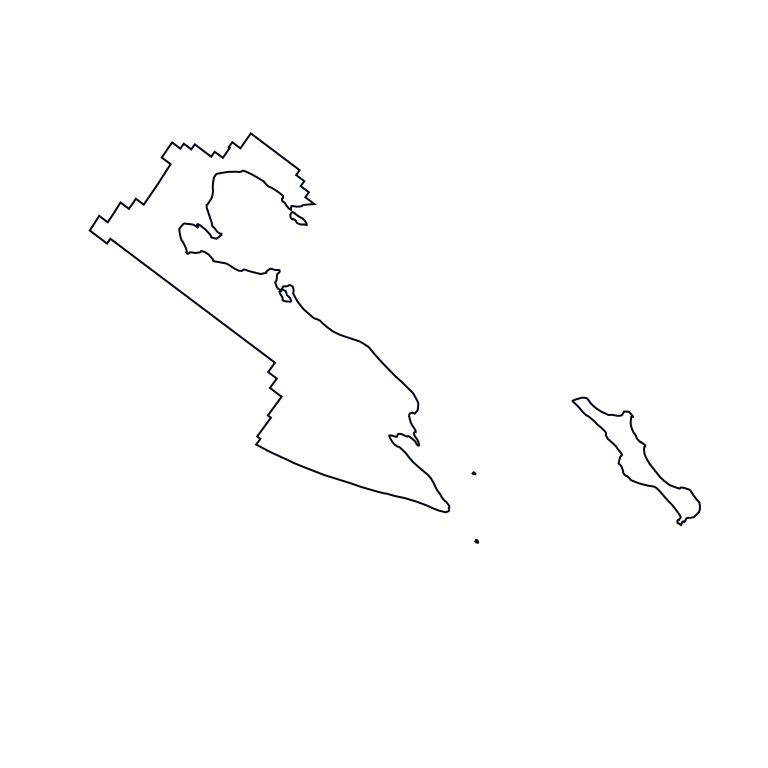 the district of Nome, Alaska, United States of America, rotated 217°
{"feature_id": "52423323B54983735958036", "entity_name": "Nome", "entity_type": "district", "adm_level": 2, "iso_a3": "USA", "parent_name": "United States of America", "parent_adm1": "Alaska", "projection": "robinson", "projection_center": [-165.641, 64.759], "detail": "fine", "context": "isolated", "style": "outline", "palette": "ink", "viewbox_px": 768, "rotation_deg": 217, "n_neighbors": 0, "source": "geoboundaries", "source_scale": "gbopen_adm2", "svg_char_len": 6112}
<svg xmlns="http://www.w3.org/2000/svg" viewBox="0 0 768 768"><g transform="rotate(217 384 384)"><path d="M449.7,258.7L433.5,261.3L412.2,266.0L409.0,266.5L397.6,269.5L377.1,275.3L349.9,285.0L339.8,288.2L324.1,294.2L317.4,297.1L316.3,297.9L307.9,301.1L298.7,305.4L287.0,309.7L276.8,312.7L270.4,314.1L264.0,315.9L257.5,318.7L256.2,320.7L255.8,321.7L256.2,322.7L257.6,323.7L257.8,324.4L257.6,324.5L257.6,325.0L258.8,326.0L262.9,327.2L264.5,327.2L267.4,327.7L270.5,328.6L270.9,329.1L277.7,331.2L282.3,333.4L282.4,333.6L284.8,334.8L290.0,337.0L293.9,337.8L309.4,338.7L313.3,339.1L319.9,340.5L325.3,342.0L331.3,342.7L334.1,342.9L335.7,342.1L336.9,342.0L339.8,342.1L341.5,342.5L343.9,343.3L347.1,344.7L348.0,345.3L348.7,346.1L346.6,347.6L343.2,348.8L342.0,349.6L342.5,351.6L342.7,351.9L342.7,352.4L342.5,352.8L341.7,353.4L340.1,354.4L335.1,355.5L333.6,356.2L333.4,357.0L331.7,357.3L327.2,357.2L324.0,356.8L323.5,356.6L323.0,356.1L320.4,355.3L319.4,355.5L319.2,355.7L319.1,356.2L321.7,358.5L323.8,359.5L328.4,361.1L330.3,362.2L330.7,363.4L330.3,364.3L329.8,364.6L330.6,365.7L333.4,366.9L336.0,367.7L338.9,369.0L344.9,373.6L345.4,375.0L345.4,376.3L345.2,376.7L344.1,378.1L341.6,378.9L341.3,383.3L343.0,386.2L344.9,389.1L346.1,390.0L354.2,393.8L356.7,394.4L370.9,396.3L379.8,397.1L397.5,399.8L408.0,401.8L418.5,404.3L425.9,403.8L429.5,403.2L446.1,397.6L449.7,396.5L455.7,395.4L458.2,395.2L464.2,395.2L468.1,395.4L473.3,396.1L477.4,395.2L478.4,394.6L480.9,394.4L493.1,395.3L500.8,397.3L502.8,397.9L506.1,399.3L511.3,401.8L511.6,402.8L512.6,404.6L515.5,406.8L516.8,406.9L518.5,406.4L519.1,406.1L519.9,404.1L523.2,401.2L522.8,398.3L518.3,399.0L515.1,396.6L511.1,396.2L508.2,394.7L508.1,393.5L513.0,390.4L515.3,389.9L517.0,392.0L521.3,393.5L523.0,394.8L523.1,395.5L521.9,396.2L522.3,396.9L526.2,396.4L527.7,396.7L532.1,399.7L532.1,401.5L533.3,404.1L534.9,406.3L535.2,407.0L535.3,408.5L535.0,409.2L534.8,410.0L535.1,411.2L535.9,412.0L537.1,411.4L539.6,409.5L543.5,408.1L544.2,407.7L545.6,403.3L545.6,402.7L544.9,402.0L545.0,401.8L548.8,397.5L559.1,393.2L564.7,391.3L565.4,389.6L565.6,388.7L568.1,387.1L571.8,386.3L580.1,385.7L582.0,385.4L583.2,385.0L594.2,379.4L595.3,380.3L596.1,380.7L602.1,381.9L606.7,381.5L607.5,381.3L609.4,380.5L609.9,380.1L610.1,379.9L609.9,379.1L610.4,378.2L613.7,374.9L615.1,374.3L617.7,372.8L618.5,372.0L618.4,371.2L618.6,370.4L619.6,369.7L621.2,370.2L621.0,370.8L621.9,371.8L624.8,373.8L629.8,376.3L632.5,377.1L636.1,379.8L640.8,384.5L640.8,387.0L640.6,391.1L640.0,392.0L632.9,396.2L630.2,396.8L627.2,396.8L626.9,397.4L627.0,397.7L629.0,398.5L629.2,399.2L629.1,399.5L628.6,399.7L625.8,400.1L619.5,399.9L613.0,398.7L611.4,398.2L610.2,397.2L609.4,397.4L605.2,399.2L603.5,405.1L604.2,406.2L605.7,405.3L608.5,405.2L613.6,406.6L616.3,406.8L618.2,408.8L631.8,418.2L633.5,420.4L633.0,421.3L633.5,428.4L634.5,431.3L636.9,435.7L637.7,436.4L639.1,438.0L641.4,441.4L644.0,446.3L644.3,449.2L644.2,450.6L643.3,452.1L637.1,458.7L636.0,459.7L630.3,464.2L626.8,466.5L625.9,467.5L625.1,469.5L622.3,470.5L616.0,471.8L608.5,472.8L601.5,473.5L601.0,473.0L596.5,472.3L594.9,472.3L591.8,473.1L587.8,473.5L583.0,473.7L578.0,473.5L576.6,471.9L576.8,471.5L577.0,470.5L575.3,468.9L572.6,468.9L571.1,468.6L569.0,467.7L565.7,466.9L563.4,467.0L563.1,467.2L563.8,468.0L565.0,470.2L564.8,470.7L560.6,473.0L558.9,474.3L557.0,476.2L556.6,476.8L556.7,477.3L556.2,478.4L548.0,485.8L559.2,485.8L559.4,491.9L569.6,491.9L569.7,498.0L579.9,498.0L580.1,504.0L641.2,504.0L640.5,485.8L650.7,485.8L650.5,479.7L649.3,479.7L648.8,467.6L659.0,467.6L658.8,461.5L679.3,461.5L679.1,455.4L688.5,455.4L688.3,449.4L698.6,449.4L697.8,431.1L686.7,431.1L684.9,406.9L683.8,382.6L693.6,382.6L693.1,370.4L703.7,370.4L702.6,358.5L702.0,346.9L712.7,346.9L711.7,335.3L711.4,329.5L689.7,329.5L690.0,335.3L483.9,335.4L483.7,323.8L472.9,323.8L472.7,312.2L458.1,312.2L457.8,289.0L454.0,289.0L453.7,265.8L449.7,265.8L449.7,258.7ZM56.5,464.2L55.3,470.9L56.4,474.2L57.9,476.3L60.8,479.2L64.6,479.9L70.1,481.4L75.2,483.4L76.9,483.3L82.3,481.4L84.6,480.0L84.9,479.2L84.9,478.5L85.9,477.9L94.9,475.2L102.0,475.2L107.4,475.8L123.6,480.0L130.3,482.8L133.8,484.9L136.9,488.1L138.2,490.2L138.2,490.8L137.8,491.2L138.0,491.8L138.9,492.3L142.6,492.4L143.3,492.3L143.0,492.1L143.7,491.9L144.8,491.8L147.6,492.3L150.1,493.0L150.3,493.4L151.8,494.4L155.8,495.6L159.1,497.5L161.8,499.4L164.0,501.9L166.7,506.5L165.4,507.4L165.4,507.7L166.0,508.0L171.7,509.3L175.6,506.5L175.4,503.3L175.2,503.0L175.3,502.3L176.1,501.0L177.6,499.7L178.7,498.9L182.9,496.9L186.2,494.3L192.3,493.0L195.7,492.5L200.7,492.3L204.0,492.5L207.2,493.0L208.2,493.2L209.0,493.6L212.2,494.5L213.8,494.6L216.0,493.4L217.9,492.0L221.6,486.9L223.3,484.1L222.9,483.7L217.4,483.2L210.2,481.8L209.9,481.5L206.7,481.0L203.9,480.8L201.2,481.2L192.4,480.8L190.0,480.1L184.5,479.9L178.9,479.2L177.5,478.7L177.2,478.4L176.6,477.8L175.9,476.6L172.5,474.9L167.0,474.5L161.2,473.9L158.6,472.8L153.2,471.5L152.2,471.2L151.2,470.5L151.6,468.2L149.8,463.7L148.9,461.9L148.0,461.7L146.6,461.6L144.6,461.0L140.4,458.1L139.2,456.8L137.4,456.4L135.9,456.2L135.3,456.4L135.1,456.7L134.3,456.7L130.8,456.4L129.6,455.9L128.3,456.0L121.9,457.7L117.0,459.5L110.6,462.4L108.3,463.7L106.2,464.6L105.7,464.8L103.3,464.9L98.4,464.2L90.1,462.3L80.6,460.7L73.3,458.7L68.7,457.2L67.1,456.3L66.6,455.6L66.5,455.2L66.9,453.7L66.6,453.0L67.4,452.3L67.4,451.6L67.2,450.8L66.3,450.5L66.0,449.8L65.7,449.6L64.2,450.1L62.2,449.9L61.9,450.0L62.2,451.6L62.6,452.6L62.7,453.4L62.3,454.4L61.9,454.6L61.1,454.5L61.0,455.7L61.6,458.2L61.5,459.0L60.7,460.0L58.8,461.4L56.5,464.2ZM542.8,463.9L541.5,464.4L542.9,465.8L546.4,467.0L549.3,467.2L549.8,466.9L554.1,466.5L557.0,466.5L559.0,466.7L560.8,466.2L560.9,463.2L559.1,461.0L557.6,460.4L556.4,460.3L556.2,460.5L556.4,460.7L556.1,461.0L555.0,461.3L552.5,461.3L551.7,460.7L550.2,460.3L549.3,460.4L547.8,461.0L546.3,461.3L544.8,462.6L542.8,463.9ZM213.8,313.5L213.4,313.9L213.6,314.4L214.6,315.1L216.0,315.2L216.6,314.8L216.2,313.1L215.5,313.0L214.3,313.3L213.8,313.5ZM256.8,366.8L256.8,367.1L257.7,367.5L259.3,367.4L259.4,365.9L258.0,366.0L256.8,366.8Z" fill="none" stroke="#020617" stroke-width="2"/></g></svg>